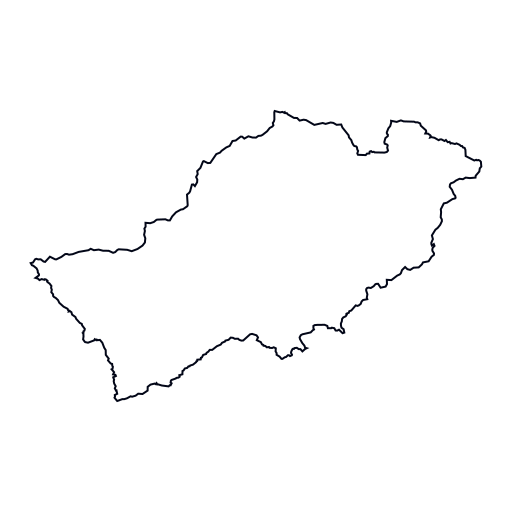 outline of Barbosa, Antioquia, Colombia
{"feature_id": "7082276B32709171288134", "entity_name": "Barbosa", "entity_type": "district", "adm_level": 2, "iso_a3": "COL", "parent_name": "Colombia", "parent_adm1": "Antioquia", "projection": "albers", "projection_center": [-75.359, 6.439], "detail": "fine", "context": "isolated", "style": "outline", "palette": "ink", "viewbox_px": 512, "rotation_deg": 0, "n_neighbors": 0, "source": "geoboundaries", "source_scale": "gbopen_adm2", "svg_char_len": 6048}
<svg xmlns="http://www.w3.org/2000/svg" viewBox="0 0 512 512"><path d="M306.7,348.2L305.1,347.7L304.4,345.6L302.3,343.1L300.0,339.1L299.6,337.4L300.8,335.2L302.4,334.3L310.7,332.4L312.8,330.2L314.0,329.5L313.4,328.1L313.4,325.9L314.7,325.1L317.1,324.9L324.6,324.8L327.3,325.9L327.9,328.2L331.2,328.2L331.8,327.7L334.3,328.2L335.6,330.5L337.2,330.6L339.0,329.7L342.6,333.2L344.3,332.6L343.6,329.2L341.5,327.7L341.0,325.8L340.9,323.5L341.8,321.4L342.1,318.9L343.3,317.4L345.7,316.3L346.8,314.6L346.3,314.0L346.6,313.6L348.8,312.8L349.3,311.2L351.3,310.5L355.7,305.4L357.5,305.9L358.8,305.4L360.7,303.9L361.6,301.5L363.1,300.0L367.3,299.2L366.8,297.6L367.4,294.3L366.2,290.6L366.2,289.2L367.1,288.0L368.5,287.6L370.8,288.0L373.7,286.2L375.4,284.2L376.3,283.9L378.1,283.8L380.6,287.7L385.6,286.6L387.0,284.1L386.8,279.8L391.4,280.1L397.2,275.6L399.8,274.4L400.9,273.2L402.0,270.1L405.1,267.0L407.4,269.2L410.2,269.9L413.6,267.7L418.7,267.4L421.9,264.4L423.0,262.4L428.6,261.3L431.6,256.7L433.9,254.9L434.0,253.4L432.4,250.8L432.3,249.5L432.7,247.8L434.5,245.9L433.8,244.1L431.9,245.5L431.4,244.2L431.3,242.8L432.9,239.1L431.9,235.4L435.4,229.7L437.7,227.9L440.2,224.8L441.9,221.2L441.8,219.4L440.7,217.3L441.1,212.1L440.8,209.3L443.8,203.4L446.9,202.7L452.4,199.1L455.1,198.4L455.6,197.8L455.2,195.8L453.7,194.0L452.0,189.8L449.7,186.8L450.0,184.5L450.9,183.3L453.6,182.3L456.0,180.5L459.5,178.8L462.9,179.2L465.7,177.6L469.7,178.1L475.5,177.6L475.7,175.7L479.3,171.5L479.8,168.3L481.3,166.6L480.9,161.8L480.0,160.8L478.6,160.0L477.0,160.3L476.2,159.8L474.3,160.5L465.7,156.1L465.4,149.8L464.6,147.9L462.9,147.4L462.2,146.1L460.9,146.0L459.6,144.8L456.5,143.4L455.0,144.0L451.6,143.1L450.5,143.5L449.6,141.8L447.7,142.2L445.9,140.0L444.5,141.0L441.5,139.4L440.1,139.4L438.7,140.2L434.5,137.8L431.4,137.1L430.1,137.5L430.7,135.9L430.3,135.3L427.9,133.6L425.3,133.5L426.2,131.5L426.0,130.4L420.8,125.7L420.1,123.4L417.6,122.3L415.4,122.3L414.1,121.7L403.7,121.4L400.9,120.4L396.7,121.9L391.1,120.8L391.2,122.5L390.2,126.1L388.4,128.3L386.8,132.3L386.9,133.6L387.9,134.8L387.8,136.1L385.4,138.1L384.3,142.1L384.7,143.7L387.0,144.5L387.7,145.3L387.2,147.7L388.0,150.6L386.8,152.0L384.5,152.6L374.6,152.4L373.8,151.8L372.2,152.1L371.1,151.1L369.7,151.6L369.4,153.5L367.0,153.6L365.7,155.1L358.0,154.8L357.3,153.4L358.1,150.9L357.3,149.6L356.9,147.2L356.2,146.4L354.3,146.0L353.4,145.0L352.1,142.6L351.3,140.1L349.0,137.4L348.6,135.3L342.4,127.5L341.2,124.5L336.6,124.8L333.3,122.9L330.6,122.5L325.6,123.9L322.7,123.0L314.3,124.9L306.1,120.1L303.6,119.7L299.6,120.6L297.1,118.0L293.9,117.9L287.7,114.3L286.9,113.2L285.0,113.1L284.7,112.1L283.8,112.6L282.4,111.9L280.1,112.4L274.7,111.0L274.3,112.2L274.4,119.4L273.9,121.4L272.8,123.0L273.4,125.3L272.4,126.5L269.7,128.0L267.1,131.3L262.5,134.9L260.9,135.7L258.4,135.9L256.0,137.6L252.4,137.5L248.4,136.3L244.3,138.6L242.2,136.7L240.7,136.6L235.7,140.5L232.5,141.0L229.7,145.9L226.3,147.4L221.6,150.8L220.0,152.6L216.3,154.1L210.3,162.9L207.8,163.1L203.8,161.1L203.0,161.5L200.4,167.9L197.2,171.1L197.7,174.1L196.1,177.0L197.3,179.6L197.1,182.3L194.9,186.1L193.3,184.4L191.9,184.6L190.1,191.3L189.3,192.7L187.0,194.6L187.7,205.1L187.3,206.2L183.0,209.2L180.8,209.6L176.0,212.3L172.2,216.4L169.9,220.4L167.9,220.4L165.4,219.3L157.5,219.6L156.5,219.8L153.8,222.0L150.2,223.2L145.5,222.8L145.6,226.7L144.4,228.6L144.9,231.0L144.1,234.8L145.3,238.3L144.9,242.5L142.5,245.6L137.5,249.0L131.7,251.2L127.2,249.8L118.7,249.3L117.3,250.0L115.2,252.1L113.1,252.8L108.7,250.8L102.9,250.7L98.7,249.6L93.9,250.2L90.7,248.8L88.5,250.2L78.7,251.9L72.6,254.2L69.0,254.7L67.1,254.0L65.2,254.1L61.4,256.9L56.3,259.4L55.1,259.3L49.9,256.7L45.1,261.9L43.5,261.5L40.7,259.3L38.2,259.4L36.3,258.8L35.1,259.3L33.0,262.5L30.7,263.1L31.9,265.2L33.4,265.8L36.6,268.4L37.7,270.7L37.8,272.4L39.0,274.3L38.9,275.4L35.5,277.9L37.9,278.6L39.5,280.1L41.6,279.1L44.5,279.8L44.9,279.2L46.2,279.6L47.5,280.8L47.1,281.4L47.4,282.0L49.6,283.6L51.4,286.0L51.1,287.9L51.8,289.7L51.3,292.2L53.1,294.3L53.1,295.9L53.9,296.9L55.8,298.0L58.0,300.1L59.3,302.8L63.6,306.7L67.6,308.8L68.1,310.2L69.1,310.6L68.8,311.5L70.0,311.2L71.4,312.2L72.1,314.6L75.4,317.0L76.2,318.9L79.8,322.9L81.8,323.9L82.1,325.3L84.8,328.9L84.4,330.6L83.4,331.4L83.5,332.6L82.8,333.0L83.4,333.8L83.5,336.6L83.1,339.4L84.4,341.3L85.1,342.1L88.0,342.7L94.1,340.4L94.8,339.2L96.2,340.2L96.8,339.6L97.6,340.2L99.9,339.9L102.3,342.7L104.2,347.7L105.7,350.1L105.8,354.9L108.7,358.6L108.0,360.4L110.7,363.5L112.1,363.9L112.3,365.8L112.9,366.8L112.5,368.8L111.6,369.3L114.1,372.2L113.1,374.4L115.4,374.8L115.9,376.0L113.2,377.3L114.1,379.7L113.7,381.1L114.2,383.6L115.7,386.2L114.8,388.3L116.1,390.8L116.5,390.6L117.2,393.8L114.8,395.0L115.0,396.6L114.5,397.7L117.2,401.0L122.4,399.1L124.4,399.1L127.0,398.3L130.6,396.3L132.1,396.7L135.6,395.7L138.2,393.7L142.5,394.0L147.6,390.6L147.7,386.8L150.5,384.6L154.6,383.6L155.5,384.1L156.5,383.1L157.2,384.5L157.9,384.3L161.8,385.5L168.6,386.4L169.8,385.2L170.6,385.3L171.6,383.3L170.6,382.6L170.9,380.7L171.5,380.0L175.8,378.5L176.4,377.9L178.5,377.6L179.7,376.7L179.3,375.2L182.4,374.3L182.5,371.0L183.6,370.4L184.8,368.5L187.2,367.9L188.5,366.3L189.6,366.3L190.2,365.5L192.9,364.7L196.2,362.1L196.3,361.4L197.2,361.0L197.3,359.7L200.7,359.4L200.9,357.8L201.9,357.4L203.2,354.9L206.1,354.0L206.6,352.8L208.3,351.7L209.7,349.9L212.2,349.9L216.9,346.2L220.7,344.6L222.0,342.8L225.0,341.5L225.4,340.6L228.6,339.8L230.7,337.6L232.9,337.8L234.8,338.8L238.0,338.7L239.4,339.9L241.4,340.6L243.2,340.5L250.1,334.3L252.1,333.9L256.5,335.3L258.0,337.4L256.8,340.2L260.8,342.1L262.0,344.4L263.3,344.9L263.5,345.7L265.4,346.0L266.8,347.3L269.0,347.0L269.5,347.8L272.1,348.0L273.7,347.3L275.8,348.3L275.6,351.4L276.6,353.1L276.6,354.8L279.6,356.6L281.5,358.9L282.4,358.9L284.7,357.3L286.0,357.0L288.0,355.2L289.1,355.3L290.0,356.1L291.8,355.3L292.0,354.7L291.0,352.9L291.3,351.4L292.4,349.2L292.9,348.8L293.9,348.9L294.4,348.1L296.8,347.8L298.7,349.1L300.4,349.1L302.4,351.4L305.2,348.9L306.7,348.2Z" fill="none" stroke="#020617" stroke-width="2"/></svg>